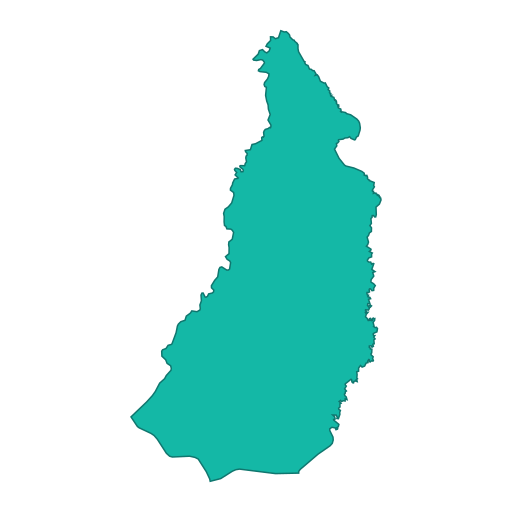 Sam Chai, Kalasin, Thailand (orthographic projection)
{"feature_id": "78962969B80615329073531", "entity_name": "Sam Chai", "entity_type": "district", "adm_level": 2, "iso_a3": "THA", "parent_name": "Thailand", "parent_adm1": "Kalasin", "projection": "orthographic", "projection_center": [103.555, 16.912], "detail": "fine", "context": "isolated", "style": "filled", "palette": "teal", "viewbox_px": 512, "rotation_deg": 0, "n_neighbors": 0, "source": "geoboundaries", "source_scale": "gbopen_adm2", "svg_char_len": 6054}
<svg xmlns="http://www.w3.org/2000/svg" viewBox="0 0 512 512"><path d="M286.3,31.7L284.3,32.0L280.8,30.7L278.5,37.7L275.3,38.7L273.1,36.9L270.5,36.8L270.6,40.5L267.3,43.8L266.0,46.3L270.2,48.1L269.2,50.9L266.8,52.9L264.7,51.8L262.5,49.6L259.4,50.6L258.2,54.1L253.0,59.2L253.6,60.1L256.6,60.5L260.9,59.6L262.7,60.1L264.3,62.1L264.4,63.1L260.4,68.5L258.7,69.5L258.4,70.8L259.9,71.6L266.3,72.3L269.0,73.9L268.6,76.5L267.3,79.2L264.6,82.5L264.1,84.6L264.8,86.5L266.4,87.3L265.6,95.3L266.7,101.0L268.1,104.9L268.4,109.1L270.2,114.5L268.0,120.0L270.9,125.0L270.9,126.5L270.5,127.7L269.5,127.4L268.3,128.5L265.3,129.4L264.2,130.8L263.6,132.4L264.0,136.2L263.3,137.2L262.4,136.9L261.7,137.6L261.9,140.4L255.6,143.7L252.0,144.5L250.4,149.7L245.3,150.5L245.6,151.7L247.2,153.5L247.0,155.3L246.1,156.1L245.8,158.0L246.5,161.9L245.3,163.4L244.7,165.7L240.5,165.6L239.8,166.1L240.1,167.0L243.0,169.4L243.3,170.7L242.9,171.7L241.1,171.8L240.2,169.5L237.1,168.3L235.4,168.2L234.5,169.3L234.8,170.4L236.7,172.5L235.1,174.9L238.2,177.9L237.8,178.4L234.6,179.0L232.7,182.9L232.4,184.8L230.5,188.3L230.4,190.1L233.6,192.5L234.0,195.3L231.7,202.9L228.3,206.9L225.0,209.2L223.6,213.4L224.2,216.5L224.1,221.9L224.5,225.5L225.9,226.4L226.9,228.9L230.8,229.1L232.3,230.3L233.6,232.4L232.2,239.3L228.9,241.9L228.6,244.7L229.1,247.6L229.0,253.7L225.5,256.6L227.1,259.3L229.8,261.0L230.6,262.6L229.6,269.0L228.5,270.0L226.8,270.1L221.8,266.9L220.0,267.4L218.9,269.4L217.7,276.9L214.7,280.3L211.4,285.7L211.5,287.8L213.8,290.1L213.5,292.0L212.3,293.0L208.6,293.9L207.5,296.3L206.1,297.2L205.1,297.0L203.1,293.0L201.9,293.1L201.0,295.1L201.4,300.8L199.9,305.0L200.3,308.7L199.9,310.0L197.0,311.7L191.8,310.9L190.4,313.1L186.3,316.1L185.0,320.3L180.8,321.7L178.3,324.2L177.4,326.1L176.1,332.7L172.0,343.8L171.2,344.5L168.1,345.3L166.0,348.5L162.6,349.8L161.7,351.2L161.9,356.2L165.7,359.8L167.1,363.4L170.6,365.7L171.3,368.3L171.0,370.3L166.3,375.5L164.6,378.7L159.7,383.1L155.3,391.5L152.4,395.6L146.6,402.0L131.0,416.9L137.4,426.5L139.1,427.8L151.0,433.4L154.1,435.5L157.3,439.2L166.4,453.3L169.6,456.2L172.3,457.0L189.6,456.2L195.0,457.4L198.2,459.0L206.3,471.7L209.7,478.9L210.2,481.3L220.7,478.6L232.4,471.2L235.8,469.7L239.5,469.1L275.5,473.6L298.7,473.1L298.7,471.5L300.2,469.4L318.1,454.1L330.2,445.7L332.3,443.3L333.2,440.0L333.0,437.1L329.8,430.6L329.7,428.8L331.9,427.3L335.2,427.9L336.0,429.7L337.5,429.1L337.7,428.6L336.9,427.6L338.3,426.8L338.9,424.4L333.7,420.1L333.6,419.4L334.9,419.3L335.1,418.8L334.6,416.8L332.7,415.0L336.2,415.1L337.3,417.3L336.9,418.5L338.4,418.7L339.9,414.3L339.7,412.4L340.4,410.4L338.8,409.4L338.6,408.2L340.0,407.0L339.9,403.8L341.0,403.3L339.1,401.5L340.5,400.4L341.5,401.5L343.5,400.7L345.1,401.0L345.2,398.9L347.0,399.6L346.2,396.9L344.9,395.7L344.4,394.1L345.2,393.3L345.3,391.8L346.4,391.0L344.6,388.9L346.3,386.1L345.2,384.8L345.3,383.8L351.0,379.3L351.7,379.9L351.9,381.9L353.1,383.0L353.7,382.7L353.6,381.8L354.1,381.3L355.4,381.0L357.2,381.6L357.0,380.7L356.1,379.9L357.5,378.8L356.8,378.0L357.1,374.7L356.7,371.8L358.6,371.2L358.6,368.0L360.5,365.5L362.1,367.1L364.6,366.1L366.1,363.1L368.0,362.6L367.6,361.3L368.7,359.5L369.2,359.6L369.3,361.3L370.1,362.0L371.4,360.9L373.0,361.1L373.4,360.5L372.6,358.5L373.2,356.8L371.2,354.9L371.0,353.8L371.7,352.9L371.9,349.2L370.4,349.0L370.2,347.9L369.3,347.4L369.3,346.0L371.2,345.8L372.0,347.2L373.4,346.3L372.8,344.7L373.0,344.1L374.2,343.8L373.8,339.9L375.1,338.9L373.7,337.2L374.8,335.6L373.6,335.6L373.1,334.0L374.2,333.0L376.9,331.9L377.5,328.6L376.5,327.3L375.2,327.6L373.6,326.4L374.0,325.9L373.1,322.4L374.6,320.4L374.8,318.6L373.9,318.8L373.5,318.1L372.4,318.5L372.3,320.4L371.7,320.7L370.7,320.4L371.1,319.5L370.2,318.3L369.3,318.9L369.2,320.4L368.2,320.5L367.1,318.3L365.5,316.8L366.3,314.3L368.0,312.3L367.2,312.3L365.9,313.4L365.3,312.4L366.2,311.3L365.4,310.1L365.6,309.7L368.5,310.1L369.3,308.6L369.0,307.5L370.1,307.4L371.5,305.9L370.2,305.0L368.3,306.3L367.5,305.6L367.8,303.6L369.9,303.6L368.5,299.3L370.6,298.7L369.9,297.4L367.8,296.7L368.5,295.2L367.4,295.0L366.8,293.0L367.1,292.4L368.5,292.6L369.5,291.9L369.1,289.8L369.5,288.9L370.5,288.9L372.0,290.7L373.7,290.4L373.8,288.0L375.3,285.6L373.6,283.7L371.1,282.2L370.9,281.5L371.2,279.5L373.8,276.1L372.7,272.5L375.0,271.6L371.8,269.4L373.8,263.7L373.1,263.4L371.6,264.1L370.7,262.1L368.8,262.1L367.5,261.1L367.4,260.1L368.8,257.9L371.6,256.9L371.6,254.0L372.3,253.0L369.3,251.5L371.0,249.9L371.0,249.2L366.4,246.2L367.7,244.6L368.5,242.1L367.1,237.1L368.5,235.5L369.4,232.9L371.4,231.5L371.5,227.8L369.9,225.6L371.4,223.4L370.9,218.5L372.0,217.5L372.2,215.6L373.4,215.5L374.8,217.0L375.7,216.9L376.3,214.6L376.0,207.1L379.4,204.1L381.0,200.0L380.7,198.0L379.6,197.6L379.8,196.6L379.0,196.3L379.1,195.5L377.6,195.4L378.0,194.8L376.3,193.9L375.9,193.1L375.3,193.4L374.3,192.8L373.4,193.3L373.5,191.3L372.5,191.2L372.3,190.2L374.4,186.8L373.7,185.6L374.2,182.5L369.4,180.6L369.5,180.2L368.1,179.4L367.4,178.4L367.6,177.5L367.2,176.1L366.1,175.8L366.4,175.4L364.3,175.2L364.2,173.2L361.8,171.4L353.9,168.0L345.9,166.0L344.5,165.1L339.1,158.4L334.5,149.1L336.8,145.9L336.4,143.5L337.6,143.0L338.9,141.5L338.3,140.2L338.6,139.7L343.1,139.1L344.9,138.0L347.9,137.7L349.6,136.7L351.0,138.4L354.5,139.9L355.3,139.6L356.4,137.1L358.2,136.0L360.0,130.2L360.3,127.8L359.6,123.3L358.7,121.2L356.9,119.1L350.7,114.8L346.5,113.6L345.7,112.6L342.4,111.9L341.4,112.2L340.6,111.4L341.1,111.0L340.8,109.1L338.3,107.8L337.9,106.3L338.8,106.2L338.6,104.9L337.7,105.0L336.4,103.4L336.6,102.3L336.0,101.7L336.4,101.2L335.5,99.9L334.6,100.1L333.9,97.4L331.0,96.3L330.7,95.8L331.6,95.2L330.7,95.0L330.1,93.6L330.6,93.3L329.5,92.6L329.8,91.0L328.1,89.6L328.8,88.0L327.2,86.8L325.3,82.9L324.1,83.1L320.4,81.2L318.6,76.6L317.2,74.8L315.3,75.3L316.1,74.1L314.1,70.7L312.7,70.6L311.2,69.3L309.5,69.1L308.0,65.5L305.7,64.5L304.7,62.8L305.1,61.9L304.1,61.4L298.6,51.8L298.0,48.7L298.0,44.7L297.2,44.0L297.3,43.5L294.6,41.2L294.3,40.3L292.8,39.8L289.9,36.9L289.6,35.1L288.4,33.5L286.3,31.7Z" fill="#14b8a6" stroke="#0f766e" stroke-width="1.5"/></svg>